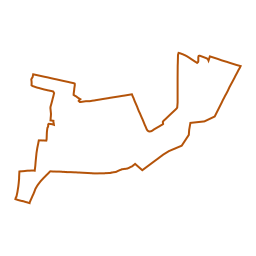 Marg, Al Qahirah, Egypt (Natural Earth projection)
{"feature_id": "37247803B51665438591487", "entity_name": "Marg", "entity_type": "district", "adm_level": 2, "iso_a3": "EGY", "parent_name": "Egypt", "parent_adm1": "Al Qahirah", "projection": "natural_earth1", "projection_center": [31.344, 30.156], "detail": "fine", "context": "isolated", "style": "outline", "palette": "amber", "viewbox_px": 256, "rotation_deg": 0, "n_neighbors": 0, "source": "geoboundaries", "source_scale": "gbopen_adm2", "svg_char_len": 5492}
<svg xmlns="http://www.w3.org/2000/svg" viewBox="0 0 256 256"><path d="M32.6,77.1L31.7,78.5L31.3,79.4L31.4,80.2L31.5,81.1L31.6,82.1L31.6,83.0L31.6,84.1L31.5,85.2L32.3,85.9L33.0,86.2L33.7,86.4L35.9,87.2L36.8,87.5L37.9,87.8L39.0,88.0L39.9,88.3L42.8,89.1L43.8,89.4L45.6,89.8L46.6,90.0L47.3,90.2L48.1,90.4L49.0,90.5L49.6,90.7L50.3,90.8L51.3,91.0L52.1,91.2L53.2,91.5L54.1,93.1L53.6,95.1L53.3,96.4L52.6,98.9L52.3,100.2L52.0,101.4L51.0,105.1L50.7,106.1L50.5,106.9L50.4,108.0L50.5,109.0L50.7,111.0L51.0,114.1L50.9,115.0L50.9,115.8L50.8,116.7L50.7,117.6L50.6,119.1L50.5,120.4L53.4,120.8L53.4,121.9L53.7,123.3L53.9,124.8L53.0,124.5L52.0,124.2L51.3,124.1L50.4,124.0L48.8,123.8L48.2,124.4L48.2,125.8L48.0,126.9L47.5,127.6L47.3,128.6L47.1,130.2L46.9,132.0L46.8,133.9L46.7,136.9L46.6,139.3L46.3,140.6L44.1,140.5L40.4,140.4L38.8,140.4L38.2,143.6L37.3,147.9L36.5,153.0L35.6,162.0L35.3,165.8L34.7,170.7L33.7,170.5L32.1,170.5L28.9,170.7L27.4,170.7L26.4,170.8L24.1,171.1L22.8,171.2L21.6,171.3L20.7,171.3L19.4,171.5L19.1,177.2L19.1,178.6L18.7,183.1L18.3,186.5L17.4,192.2L16.4,196.8L15.9,197.3L15.4,199.1L15.9,199.3L16.9,199.6L17.5,199.8L18.0,200.0L18.8,200.2L19.6,200.4L19.8,200.5L20.0,200.5L20.3,200.6L20.7,200.7L21.4,200.9L22.0,201.0L22.4,201.0L22.5,201.1L22.9,201.1L23.1,201.2L23.6,201.3L25.0,201.8L25.4,201.9L26.4,202.2L27.3,202.4L27.8,202.6L28.9,202.9L29.1,203.0L29.5,203.1L29.5,202.8L29.9,202.0L30.2,201.2L30.3,200.9L30.9,199.6L31.8,197.6L32.7,195.5L33.4,194.1L33.6,193.6L34.1,192.3L34.3,192.0L34.3,191.8L34.5,191.4L34.8,190.5L35.0,190.0L35.3,189.1L35.7,188.4L35.8,188.1L36.1,187.7L37.0,186.1L37.5,185.4L37.7,185.1L37.8,184.8L38.0,184.6L38.4,184.1L40.0,182.0L40.4,181.5L40.7,181.1L41.3,180.5L41.5,180.2L42.0,179.7L42.6,179.1L42.8,178.9L43.0,178.6L44.5,177.1L45.9,175.7L46.6,174.9L46.8,174.8L47.1,174.5L47.3,174.3L47.5,174.1L47.9,173.7L48.8,172.8L49.7,171.8L50.3,171.3L50.6,171.3L51.1,171.4L51.3,171.4L51.6,171.4L51.8,171.4L52.6,171.5L53.0,171.5L54.2,171.5L54.5,171.5L56.0,171.6L56.4,171.6L57.3,171.6L57.5,171.6L58.0,171.6L58.7,171.6L59.1,171.6L59.5,171.6L60.4,171.7L61.2,171.7L61.4,171.7L62.1,171.8L62.7,171.9L63.5,171.9L64.1,171.9L64.6,171.9L64.8,172.0L65.0,172.0L65.4,172.0L65.9,172.0L66.2,172.1L66.6,172.0L66.9,172.1L67.6,172.1L68.1,172.1L68.3,172.1L69.3,172.1L70.3,172.1L71.9,172.2L73.7,172.3L75.2,172.3L76.7,172.4L77.6,172.5L79.4,172.5L80.1,172.6L89.6,173.1L90.0,173.1L90.6,173.2L90.8,173.2L91.2,173.2L91.9,173.2L92.2,173.3L92.8,173.3L93.2,173.3L93.8,173.4L94.0,173.4L94.6,173.4L95.1,173.4L95.6,173.4L96.8,173.4L98.0,173.4L99.5,173.3L99.9,173.3L100.6,173.3L101.4,173.3L102.3,173.3L102.5,173.3L103.0,173.3L104.4,173.3L104.6,173.3L105.1,173.2L105.6,173.1L106.7,173.1L107.2,173.1L107.4,173.1L108.8,173.0L109.2,173.0L109.5,173.0L109.9,173.0L110.2,173.0L110.5,172.9L110.8,172.9L111.1,172.8L111.2,172.6L111.5,172.5L112.0,172.5L112.3,172.5L112.8,172.4L113.8,172.2L115.0,172.1L115.4,172.0L115.9,171.9L116.1,171.9L116.3,171.8L116.4,171.7L116.6,171.6L117.1,171.4L117.8,171.0L118.1,170.9L118.7,170.6L119.2,170.4L120.1,170.0L120.4,169.9L120.8,169.8L121.1,169.7L121.7,169.3L122.6,169.2L123.3,169.1L124.0,169.0L124.5,168.9L124.8,168.9L125.3,168.9L125.5,168.9L125.9,168.8L126.7,168.6L127.2,168.6L127.5,168.5L127.7,168.4L127.9,168.3L128.4,168.1L128.9,167.9L130.2,167.2L131.0,166.8L131.5,166.6L131.8,166.5L132.0,166.4L132.6,166.0L133.1,165.5L133.8,164.9L134.0,164.8L134.5,164.5L134.8,164.2L135.0,164.0L135.1,163.9L140.1,168.3L142.3,170.2L163.4,154.5L169.1,151.0L181.7,145.7L188.8,134.9L189.2,129.7L190.4,122.9L204.4,121.4L214.7,116.5L221.7,102.6L223.0,99.8L223.9,98.2L225.2,95.6L226.3,93.7L227.8,90.8L229.5,87.1L230.1,86.0L231.1,84.1L232.1,82.3L234.7,77.4L235.2,76.3L237.2,72.6L238.0,71.0L238.5,70.0L239.7,68.0L240.6,66.1L235.9,64.8L235.0,64.5L229.6,62.8L226.7,61.8L225.9,61.6L221.8,60.4L217.7,58.9L209.9,56.4L209.3,58.1L208.5,60.6L208.2,59.9L207.6,59.1L206.9,58.4L206.1,58.1L204.3,57.4L202.7,56.8L200.3,55.9L199.7,55.7L198.7,55.9L198.3,57.1L198.3,58.4L198.3,59.6L198.3,61.0L198.1,62.0L197.1,62.9L196.1,62.2L195.2,61.7L193.7,60.7L192.8,60.1L191.1,59.0L189.2,57.7L188.4,57.2L186.8,56.2L186.0,55.8L185.3,55.4L184.6,55.1L183.9,54.8L183.3,54.5L182.6,54.2L181.7,53.9L180.2,53.3L179.4,53.1L178.6,52.9L178.0,54.9L177.8,63.1L177.7,65.6L177.6,77.9L177.6,81.8L177.6,87.8L177.6,91.5L177.6,95.2L177.6,102.6L177.2,107.6L176.5,108.6L175.4,109.7L171.0,113.8L166.3,118.3L165.7,118.9L165.0,119.5L164.1,120.3L163.2,121.2L162.8,122.0L163.0,123.0L163.1,124.0L162.5,124.5L161.2,125.2L158.9,126.6L157.8,127.2L155.9,128.3L154.7,129.0L154.0,129.4L153.2,130.0L152.2,130.7L151.2,131.2L150.2,131.4L149.4,131.5L148.4,131.2L147.4,130.4L146.6,129.1L146.2,128.1L145.5,126.4L144.9,125.2L143.7,122.2L143.3,121.2L142.9,120.3L142.6,119.4L142.2,118.7L141.2,116.4L140.4,114.5L140.0,113.5L139.4,112.3L138.9,111.3L137.7,108.3L137.2,106.9L135.9,103.9L134.7,101.2L133.8,98.8L133.5,98.0L133.0,97.0L132.6,96.1L131.9,94.3L124.3,95.6L123.5,95.7L122.1,95.9L119.2,96.4L116.6,96.8L111.4,97.6L109.5,97.9L108.6,98.1L102.9,99.0L100.0,99.5L96.9,100.0L95.6,100.2L94.9,100.4L94.0,100.5L93.2,100.6L92.3,100.7L90.9,101.0L89.7,101.2L88.6,101.2L87.8,101.2L85.9,101.2L80.6,102.0L79.8,102.0L78.7,100.9L79.2,100.2L80.3,99.2L79.6,98.8L78.8,98.3L77.7,97.6L76.7,96.8L76.0,96.3L75.0,95.8L73.6,94.9L73.7,93.4L73.9,91.9L74.2,89.7L74.3,88.3L74.5,87.1L74.8,85.1L74.7,83.6L73.8,83.2L70.5,82.5L69.6,82.3L68.5,82.0L67.0,81.7L62.8,80.8L59.7,80.1L56.6,79.4L54.1,78.9L52.8,78.6L50.6,78.1L47.7,77.4L44.6,76.8L41.4,76.1L33.2,74.3L32.6,77.1Z" fill="none" stroke="#b45309" stroke-width="2"/></svg>